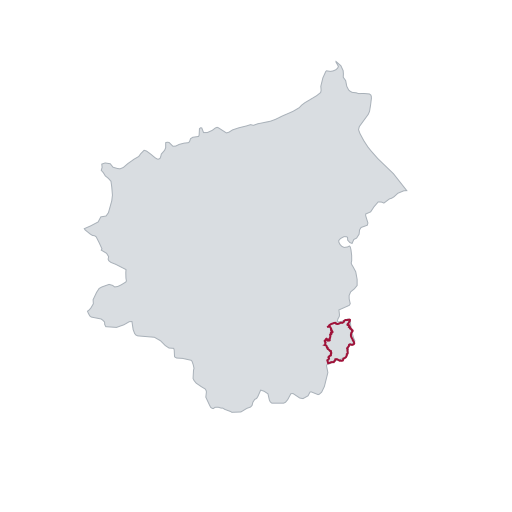 location of Braslaw, Vitebsk, Belarus, rotated 153°
{"feature_id": "67162791B18102707107362", "entity_name": "Braslaw", "entity_type": "district", "adm_level": 2, "iso_a3": "BLR", "parent_name": "Belarus", "parent_adm1": "Vitebsk", "projection": "mercator", "projection_center": [27.102, 55.56], "detail": "fine", "context": "in_parent", "style": "outline", "palette": "rose", "viewbox_px": 512, "rotation_deg": 153, "n_neighbors": 0, "source": "geoboundaries", "source_scale": "gbopen_adm2", "svg_char_len": 7714}
<svg xmlns="http://www.w3.org/2000/svg" viewBox="0 0 512 512"><g transform="rotate(153 256 256)"><path d="M396.6,358.3L389.6,357.9L381.2,358.0L376.5,361.3L371.4,359.7L367.8,361.6L359.5,370.6L356.3,375.4L353.2,382.9L351.3,388.4L352.3,392.2L353.9,395.8L354.2,399.6L355.0,402.6L352.9,404.8L351.7,407.9L348.2,407.4L344.0,404.4L343.1,400.0L339.8,396.9L337.6,395.4L334.0,395.1L328.3,396.5L320.9,397.6L315.3,397.9L312.2,399.5L307.7,401.0L305.9,399.2L303.4,394.2L301.3,389.3L299.9,387.1L298.7,386.5L297.1,386.6L295.4,388.2L294.1,389.8L289.4,391.7L287.3,393.5L285.0,398.0L283.5,397.7L281.9,396.6L280.2,391.5L277.7,390.4L273.7,390.3L268.8,389.2L264.9,387.7L263.4,388.0L261.1,390.2L258.5,390.5L252.9,388.6L251.8,389.5L248.6,395.1L247.1,395.4L246.2,394.7L246.7,389.8L243.4,388.1L238.0,387.8L234.1,388.5L232.2,388.3L231.3,387.3L226.5,379.1L224.0,378.6L219.6,379.0L213.0,378.0L205.4,376.2L201.2,375.5L199.0,373.6L194.3,373.0L181.8,369.5L176.6,368.9L169.1,368.8L157.6,368.1L150.2,368.5L146.8,369.7L142.8,370.4L129.1,371.3L124.2,372.3L122.8,374.0L121.2,377.8L115.6,384.3L110.1,388.7L109.1,389.0L105.9,386.7L103.3,385.9L100.1,385.7L97.9,386.4L96.5,387.5L96.7,392.6L96.4,393.0L94.0,387.0L94.2,381.6L95.5,378.5L97.1,375.7L96.5,371.5L98.1,366.0L98.1,361.9L97.4,360.2L96.1,358.2L92.6,355.9L91.0,354.2L86.2,351.9L81.4,348.9L80.6,347.2L80.8,345.9L81.6,344.1L85.3,338.6L89.2,333.3L91.8,331.2L105.2,324.4L107.3,322.0L107.8,317.9L107.6,309.7L106.8,302.2L105.7,297.0L103.2,287.3L96.2,267.0L92.0,245.8L94.7,247.0L101.1,247.5L106.2,246.1L108.9,245.9L111.2,246.3L118.0,245.1L119.6,247.0L122.6,248.7L128.5,246.3L133.8,243.3L139.2,243.6L140.0,242.1L141.3,234.6L142.9,232.9L149.4,233.7L151.8,232.3L154.3,228.6L158.2,226.3L161.4,226.3L164.7,223.6L166.3,225.4L167.1,228.5L166.0,231.0L166.5,232.0L168.8,233.3L172.8,233.2L175.3,232.2L175.9,230.8L175.9,228.1L175.2,225.7L173.6,223.6L170.4,222.5L168.2,222.5L167.9,221.2L168.6,218.3L170.5,213.1L172.9,208.3L174.4,206.5L174.6,204.8L174.4,201.9L174.3,196.7L176.5,189.3L179.3,183.8L183.2,182.1L187.9,181.1L191.0,178.5L192.5,175.4L193.7,170.7L195.3,169.7L206.6,170.3L208.4,165.5L209.4,164.2L211.5,162.8L213.1,161.1L212.5,159.8L209.6,158.9L202.7,158.2L201.4,156.6L201.8,154.7L203.6,149.8L205.4,143.4L206.3,138.4L206.4,135.5L207.3,134.7L212.9,133.8L214.8,132.8L219.6,126.0L223.2,124.8L232.7,126.6L237.0,126.4L242.5,126.9L243.0,126.2L244.9,119.5L254.3,108.7L259.3,104.9L262.4,104.1L263.6,104.3L268.6,110.0L269.7,110.2L273.1,107.8L278.9,107.6L281.5,109.6L285.4,116.6L287.4,117.5L293.0,113.6L296.1,112.3L298.1,112.3L308.7,117.7L309.5,119.5L309.5,121.5L307.9,127.8L310.1,131.7L312.7,134.4L318.1,130.0L320.1,128.8L322.3,128.8L325.2,127.1L327.3,124.7L329.4,123.9L333.3,124.4L340.3,123.9L348.5,127.7L349.2,128.9L353.3,133.3L354.7,135.6L356.1,136.3L358.3,138.4L361.2,139.8L363.2,139.4L364.2,140.1L365.1,141.8L365.1,144.7L364.8,153.0L361.9,157.4L361.5,158.9L361.7,160.7L364.0,164.3L367.0,169.8L367.7,173.0L367.7,175.4L363.6,182.5L362.2,184.1L361.3,187.6L360.8,191.1L361.1,192.5L367.9,198.1L373.0,201.1L374.1,202.6L374.2,203.5L371.5,209.5L371.3,211.1L375.3,213.5L377.5,217.4L379.5,223.7L383.4,229.7L397.6,238.5L398.9,240.1L399.3,242.0L398.9,246.1L396.3,253.9L398.7,255.0L405.0,254.7L412.7,255.7L421.9,261.2L421.9,263.6L420.9,265.9L421.6,268.2L422.6,270.2L430.5,276.4L431.3,278.1L431.4,281.1L431.2,283.3L429.0,283.7L426.6,284.7L422.6,287.3L421.0,291.0L414.5,296.0L410.5,298.3L407.3,298.4L399.8,297.4L397.1,294.9L396.0,292.6L393.1,291.6L389.2,291.5L383.9,291.9L382.8,292.6L381.9,295.4L379.6,300.2L378.0,302.9L384.8,312.3L388.2,316.2L389.3,318.6L389.2,320.3L387.6,322.3L387.9,326.2L391.2,331.5L390.0,332.3L389.7,338.8L389.7,345.6L390.6,347.3L392.4,348.6L393.9,351.1L396.4,356.8L396.6,358.3Z" fill="#d9dde1" stroke="#a8b0b8" stroke-width="1"/><path d="M240.4,127.8L239.6,127.5L238.5,127.3L237.4,127.3L236.5,127.0L235.7,126.5L234.9,126.1L234.0,126.8L233.3,126.8L232.8,127.3L232.2,128.0L231.2,127.6L230.5,127.1L230.0,126.3L229.6,125.7L229.0,124.7L228.0,124.5L227.8,124.0L226.8,123.6L226.0,123.5L225.4,124.2L224.6,125.0L224.1,124.8L223.2,124.8L222.3,125.0L221.9,125.0L220.9,125.7L220.2,126.4L219.6,127.4L218.9,127.4L218.4,127.8L217.9,128.9L217.7,129.7L217.3,130.6L216.8,131.2L216.9,132.1L216.3,132.7L215.4,133.0L214.3,133.5L213.9,134.0L213.4,134.6L212.6,134.7L211.9,134.4L211.6,133.8L210.8,133.2L209.9,133.0L208.9,133.0L208.1,133.6L207.8,134.9L207.8,136.0L208.1,136.7L207.8,137.3L207.8,138.4L207.9,140.1L207.8,141.2L207.4,142.3L207.0,143.0L206.5,143.6L206.2,144.0L205.7,144.5L205.0,144.7L204.3,145.0L203.8,145.5L203.8,146.1L204.3,146.5L204.2,146.9L204.2,147.5L204.5,147.8L205.0,148.4L205.1,148.9L204.6,149.3L204.5,149.8L204.7,150.4L205.2,150.6L204.7,151.1L204.8,151.7L205.3,152.4L204.7,152.5L204.8,153.2L205.2,153.7L204.5,154.0L203.7,154.4L203.1,154.9L202.3,155.2L201.7,155.8L201.3,156.5L201.7,157.0L202.7,157.2L203.6,157.5L204.4,157.8L205.2,158.3L206.1,158.3L206.9,158.2L207.5,157.5L208.1,157.4L209.3,157.2L209.8,157.5L210.9,158.1L211.6,158.1L213.0,158.1L214.0,158.3L214.7,158.7L215.4,159.3L215.4,160.3L216.1,160.6L216.6,160.8L217.0,160.9L217.6,161.0L217.9,161.0L218.5,161.0L219.3,161.2L219.8,161.3L220.0,161.3L220.5,161.2L220.8,161.2L221.2,161.1L221.5,161.1L221.8,161.1L222.1,161.0L222.4,160.9L222.6,160.7L223.0,160.5L223.3,160.4L223.7,160.3L224.0,160.3L224.0,160.2L223.6,160.1L223.3,160.0L222.9,160.0L222.7,159.9L222.4,159.8L222.3,159.7L222.3,159.3L222.2,159.0L222.1,158.5L222.1,158.1L222.1,157.5L222.1,157.2L222.1,156.7L222.2,156.3L222.4,156.3L222.7,156.2L222.8,156.0L222.8,155.8L222.7,155.5L222.5,155.4L222.4,155.3L222.3,155.1L222.3,154.9L222.5,154.8L222.6,154.7L222.5,154.3L222.3,154.2L222.2,154.0L222.2,153.9L222.3,153.6L222.5,153.5L222.5,153.4L222.8,153.3L223.0,153.3L223.1,153.5L223.2,153.8L223.3,153.9L223.5,153.9L223.9,153.8L224.1,153.7L224.2,153.4L224.2,153.1L224.2,152.9L224.2,152.7L224.2,152.4L224.3,152.2L224.5,152.1L224.8,152.1L225.0,152.2L225.2,152.3L225.3,152.4L225.6,152.4L225.7,152.2L225.8,151.9L225.9,151.6L226.0,151.2L226.2,150.7L226.3,150.5L226.6,150.2L226.8,150.0L226.9,149.8L227.1,149.6L227.2,149.4L227.4,149.3L227.6,149.1L227.8,149.1L228.1,149.0L228.4,148.9L228.5,148.8L228.6,148.6L228.7,148.3L228.6,148.2L228.4,147.7L228.6,147.4L228.9,147.4L229.1,147.5L229.3,147.5L229.5,147.7L229.8,147.8L230.0,147.8L230.3,147.9L230.6,148.1L230.7,148.4L230.7,148.5L230.6,148.8L230.5,149.2L230.5,149.5L230.5,149.9L230.6,150.1L230.7,150.3L230.9,150.3L231.1,150.3L231.3,150.2L231.6,149.8L231.9,149.6L232.0,149.5L232.4,149.5L232.8,149.5L233.2,149.4L233.3,149.3L233.4,149.1L233.4,148.9L233.1,148.7L233.2,148.3L233.4,148.2L233.5,148.1L233.5,147.9L233.4,147.8L233.3,147.5L233.3,147.3L233.5,147.1L233.8,146.9L234.0,146.7L234.2,146.2L234.4,145.9L234.6,145.6L234.9,145.4L235.1,145.4L234.8,145.1L234.5,144.8L234.2,144.5L234.0,144.1L234.0,143.8L234.0,143.5L234.1,143.2L234.3,142.5L234.0,142.3L233.9,142.0L233.8,141.7L234.1,141.3L234.3,141.1L234.3,140.9L234.3,140.6L234.1,140.4L233.8,140.0L233.6,139.4L233.4,139.0L233.3,138.6L233.3,138.3L233.2,137.9L233.1,137.6L232.9,137.5L232.5,137.5L232.4,137.4L232.4,137.2L232.5,137.0L232.6,136.9L232.7,136.6L232.8,136.4L232.9,136.0L232.9,135.7L232.9,135.4L233.0,135.3L233.1,135.2L233.3,135.2L233.5,135.1L233.8,134.8L233.9,134.6L234.0,134.3L234.0,133.9L234.2,133.6L234.4,133.5L234.6,133.4L234.9,133.4L235.0,133.4L235.2,133.5L235.4,133.6L235.7,133.6L235.9,133.5L236.2,133.4L236.4,133.3L236.7,133.3L236.9,133.2L237.2,133.1L237.4,133.0L237.5,132.9L237.5,132.7L237.4,132.5L237.3,132.3L237.3,132.0L237.3,131.8L237.4,131.6L237.6,131.4L237.8,131.3L238.0,131.1L238.3,131.0L238.5,130.9L238.8,130.9L239.2,130.8L239.4,130.8L239.7,130.7L239.8,130.7L239.9,130.4L239.9,130.2L240.0,129.8L240.0,129.5L240.1,129.2L240.2,128.7L240.3,128.2L240.4,127.8Z" fill="none" stroke="#9f1239" stroke-width="2"/></g></svg>